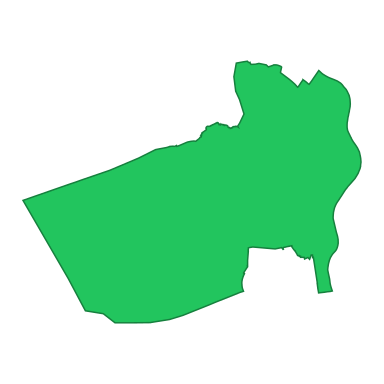 Horst aan de Maas, Limburg, Netherlands
{"feature_id": "6326949B10328285292362", "entity_name": "Horst aan de Maas", "entity_type": "district", "adm_level": 2, "iso_a3": "NLD", "parent_name": "Netherlands", "parent_adm1": "Limburg", "projection": "orthographic", "projection_center": [6.076, 51.451], "detail": "fine", "context": "isolated", "style": "filled", "palette": "green", "viewbox_px": 384, "rotation_deg": 0, "n_neighbors": 0, "source": "geoboundaries", "source_scale": "gbopen_adm2", "svg_char_len": 5354}
<svg xmlns="http://www.w3.org/2000/svg" viewBox="0 0 384 384"><path d="M85.4,310.8L103.3,313.7L115.0,322.8L132.5,322.8L150.6,322.6L151.2,322.4L169.5,319.5L170.5,319.2L182.8,315.4L186.6,313.9L192.3,311.6L209.3,304.8L215.0,302.4L240.0,292.4L243.5,291.3L242.6,288.9L242.2,287.3L242.0,285.7L241.9,284.0L241.8,283.2L241.9,281.6L242.0,280.9L242.3,279.3L242.5,278.5L242.8,277.7L243.0,276.9L243.4,276.0L244.0,274.5L244.4,273.9L244.0,273.7L244.2,273.3L243.6,272.9L247.5,266.8L247.4,266.1L247.6,266.2L247.6,260.3L248.3,251.5L248.2,251.5L248.2,251.0L248.2,250.3L248.2,249.7L248.3,249.7L248.4,247.8L249.8,247.5L252.8,247.0L256.3,247.3L272.5,248.7L275.2,248.9L280.2,247.9L281.4,247.7L281.6,247.6L283.0,249.3L283.2,249.1L283.3,249.1L283.2,248.8L283.1,248.5L283.1,248.2L283.4,247.6L283.5,247.5L283.8,247.4L284.6,247.2L285.4,247.1L286.4,246.8L286.9,246.7L289.1,246.2L289.1,246.3L291.8,245.7L291.9,246.3L291.5,246.3L293.8,249.6L294.4,250.3L294.7,250.6L295.0,250.6L295.1,250.8L294.9,250.9L295.9,252.3L296.4,253.2L297.0,254.2L297.1,254.4L297.5,255.3L297.6,255.5L299.1,255.5L299.2,256.3L300.5,256.2L300.5,257.3L301.7,257.3L304.3,257.4L304.6,259.0L307.9,257.5L309.6,259.3L311.2,255.0L312.5,255.0L312.5,256.0L312.6,257.5L313.3,257.3L313.4,258.1L313.5,258.1L314.0,261.4L317.4,283.5L317.2,283.5L317.3,284.2L317.9,288.8L318.5,292.1L318.6,292.9L324.8,292.2L325.2,292.1L326.6,291.9L326.9,291.8L330.2,291.5L331.0,291.3L332.3,291.0L331.2,287.7L330.6,285.6L330.1,283.3L329.6,279.0L328.8,275.3L328.1,272.0L327.7,269.9L327.9,267.5L328.5,263.7L329.4,260.3L330.4,257.7L332.3,254.5L333.1,253.5L335.5,250.9L336.4,249.6L337.2,247.7L337.8,245.6L338.2,243.2L338.1,239.5L337.5,236.1L336.3,232.0L333.2,218.8L333.1,217.5L333.2,215.8L333.2,215.6L333.5,212.2L333.8,210.9L334.2,209.1L334.6,207.6L334.9,206.9L335.2,206.2L335.6,205.2L336.4,203.6L337.1,202.4L338.9,199.8L340.7,197.0L341.4,196.0L342.4,194.4L345.3,189.9L346.5,188.4L347.1,187.7L347.8,186.6L350.9,183.2L355.0,178.5L356.9,175.4L358.1,173.4L358.8,171.6L360.0,168.7L360.6,166.3L360.6,165.1L361.0,162.1L360.7,158.4L360.3,156.0L360.0,154.8L359.4,152.0L357.5,148.0L356.1,145.8L354.8,143.9L353.2,141.7L351.8,139.3L351.4,138.6L351.3,138.1L350.6,136.9L349.3,134.1L348.8,133.2L348.0,131.4L347.7,130.7L347.3,128.9L347.3,128.5L347.1,127.3L347.1,126.7L347.1,124.7L347.2,122.5L347.5,121.0L347.8,118.6L348.0,117.3L348.5,115.3L348.7,113.9L349.3,111.4L349.4,110.4L350.1,106.7L350.2,105.0L350.3,104.1L350.2,102.3L350.0,99.3L349.8,98.3L349.1,95.3L347.2,91.3L346.1,89.4L343.5,86.5L342.9,85.6L342.1,84.6L341.6,84.1L340.7,83.2L339.5,82.4L337.3,81.0L334.0,79.6L329.4,77.8L327.9,77.1L326.1,76.1L325.2,75.6L323.8,74.7L322.8,74.1L321.9,73.4L318.8,70.5L315.7,75.0L312.6,79.5L311.9,80.6L308.7,84.9L308.9,84.4L305.7,81.6L303.0,79.7L303.0,79.8L301.6,81.8L300.8,82.9L299.1,85.5L298.2,86.8L297.6,87.2L295.0,84.3L291.9,81.5L289.4,79.4L280.5,72.7L280.5,72.1L280.6,71.7L281.6,67.2L281.4,67.1L281.3,66.8L281.1,66.5L280.7,66.3L278.4,65.4L277.4,65.1L276.2,64.9L274.3,64.9L273.7,64.9L272.8,65.4L271.3,65.9L269.5,66.5L268.3,66.9L267.6,66.2L266.3,64.9L258.9,63.4L255.5,64.2L253.5,64.3L250.9,64.4L250.6,64.0L250.5,63.6L250.2,63.2L250.0,62.4L249.5,62.7L249.3,62.7L248.4,62.2L248.1,62.1L247.7,61.5L247.4,61.2L242.9,61.9L236.3,63.1L233.9,76.7L235.7,91.2L239.5,99.5L244.0,114.0L239.6,123.2L237.7,126.1L238.1,127.0L237.7,126.7L237.3,126.7L236.9,126.7L236.4,126.3L235.8,126.2L235.6,126.3L235.3,126.7L235.1,126.8L234.8,126.8L234.7,126.6L234.4,126.5L234.0,126.5L233.5,126.7L233.1,126.7L232.7,127.5L232.6,127.4L232.3,127.5L232.2,127.4L231.8,127.7L231.5,127.8L231.5,128.1L231.4,128.2L231.1,128.1L230.9,128.3L230.7,128.2L230.2,128.4L230.1,128.1L230.1,127.9L229.6,127.7L229.4,127.5L229.1,127.4L228.6,127.6L228.4,127.3L228.1,127.2L227.9,126.7L227.9,126.3L227.9,126.2L227.1,125.5L226.8,125.3L226.5,125.4L226.3,125.2L226.2,125.2L226.0,125.3L225.8,125.1L225.2,125.0L224.8,125.2L224.7,125.2L224.5,125.3L224.2,125.5L224.0,125.3L224.2,125.1L224.2,124.9L223.9,124.6L223.4,124.6L223.1,124.6L222.9,124.8L222.7,124.8L222.5,124.5L221.8,124.5L221.7,124.3L221.5,124.2L221.2,124.2L220.6,124.5L220.4,124.9L219.8,124.7L219.8,124.4L219.7,124.5L219.4,124.6L219.4,124.4L219.1,124.6L218.9,124.0L218.7,123.8L218.5,123.7L218.4,123.5L218.4,123.4L218.1,123.2L218.1,122.9L217.9,122.9L217.8,122.7L217.7,122.6L217.1,122.5L216.9,122.6L216.5,123.1L216.3,123.2L215.9,123.2L215.6,123.2L215.5,123.3L215.5,123.5L215.2,123.7L214.9,123.8L214.7,123.8L214.2,124.0L213.7,124.5L213.2,124.5L212.7,124.7L212.3,124.8L212.1,125.0L211.9,125.2L211.7,125.4L211.1,125.4L210.8,125.6L210.7,125.7L210.6,125.9L210.6,126.1L210.3,126.2L210.0,126.1L209.3,126.3L209.1,126.4L208.9,126.4L208.7,126.4L208.4,126.3L208.0,126.3L207.4,126.3L207.0,126.5L206.7,126.8L206.3,127.2L206.1,127.8L205.9,128.1L206.0,128.3L206.3,128.6L206.4,128.9L206.3,129.7L205.0,130.7L204.8,130.9L204.1,131.4L202.3,132.6L201.9,133.0L202.3,133.3L200.8,135.3L201.5,135.6L201.2,136.9L200.5,136.9L200.0,137.5L199.7,137.8L199.3,138.5L195.7,141.3L193.9,141.0L193.3,141.1L192.1,141.2L190.6,141.4L187.7,142.0L187.1,142.2L178.9,145.7L178.1,146.0L176.8,146.4L176.5,145.5L175.4,146.1L174.8,146.3L174.2,146.4L173.6,146.3L173.2,146.2L173.0,146.3L172.9,146.2L170.1,146.4L170.1,146.5L169.5,146.6L167.7,147.2L166.2,147.6L159.2,148.9L155.6,149.6L138.6,158.1L109.8,170.3L82.4,179.7L75.4,182.2L69.7,184.1L23.0,200.4L68.3,278.6L85.4,310.8Z" fill="#22c55e" stroke="#15803d" stroke-width="1.5"/></svg>